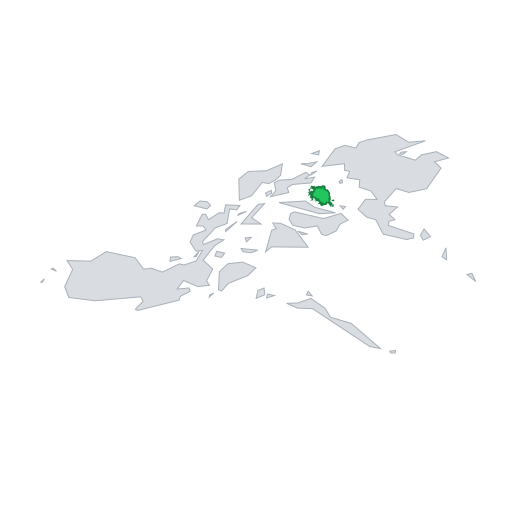 Bohol, Bohol, Philippines shown in context, rotated 265°
{"feature_id": "2640588B19040020708567", "entity_name": "Bohol", "entity_type": "district", "adm_level": 2, "iso_a3": "PHL", "parent_name": "Philippines", "parent_adm1": "Bohol", "projection": "equal_earth", "projection_center": [124.147, 9.869], "detail": "fine", "context": "in_parent", "style": "filled", "palette": "green", "viewbox_px": 512, "rotation_deg": 265, "n_neighbors": 0, "source": "geoboundaries", "source_scale": "gbopen_adm2", "svg_char_len": 8714}
<svg xmlns="http://www.w3.org/2000/svg" viewBox="0 0 512 512"><g transform="rotate(265 256 256)"><path d="M242.1,62.7L258.6,72.2L267.9,67.4L265.3,91.1L273.4,107.2L264.8,135.4L252.7,142.9L252.9,150.8L248.1,161.2L254.8,178.9L253.3,183.6L256.3,196.0L266.3,203.2L266.0,196.6L275.6,191.5L282.5,195.4L286.2,208.6L290.6,206.0L291.1,199.2L302.2,206.0L302.0,209.5L296.3,211.8L302.3,223.1L301.5,227.9L309.6,230.2L307.7,244.4L303.6,240.7L305.2,233.8L290.9,230.0L287.6,217.9L274.9,203.9L272.0,204.5L276.5,219.3L274.9,225.4L269.9,215.6L256.5,203.0L246.8,211.7L235.5,204.6L230.9,207.0L230.6,195.4L237.9,181.7L229.9,174.5L230.0,186.5L226.6,187.4L222.5,177.2L218.7,175.4L212.1,133.3L213.4,131.1L220.7,139.5L225.4,137.6L225.4,91.9L231.0,65.9L242.1,62.7ZM339.6,329.6L355.9,344.2L358.5,354.1L354.8,365.0L359.9,368.4L362.0,376.9L364.8,406.1L356.0,418.1L356.0,434.7L347.7,403.5L344.6,405.6L337.6,423.1L342.4,429.9L344.2,444.8L336.9,456.4L334.3,442.1L327.4,448.0L308.1,431.8L306.0,413.8L311.0,401.5L298.8,388.7L294.9,389.0L292.5,401.2L285.9,392.3L280.1,397.5L279.0,391.6L275.0,390.4L264.2,415.2L260.2,414.6L259.3,407.5L266.6,384.8L281.7,378.4L284.9,369.9L293.6,361.7L302.9,369.9L301.8,381.6L310.8,376.1L315.5,364.8L322.9,366.0L326.0,353.5L332.2,356.7L333.7,351.8L340.2,352.2L339.6,329.6ZM291.0,344.4L283.6,350.9L280.7,342.9L273.9,338.0L270.2,327.6L271.8,323.4L280.5,319.6L279.7,306.9L283.4,295.3L289.6,292.1L295.3,294.2L296.6,298.5L287.4,326.4L291.0,344.4ZM334.2,245.6L340.9,255.8L340.0,273.8L345.5,290.4L334.2,287.5L329.7,281.5L327.0,274.9L328.8,268.7L316.4,256.9L313.0,244.3L334.2,245.6ZM259.4,266.0L280.2,273.8L281.5,278.5L287.4,275.6L286.5,283.2L278.6,297.2L260.2,308.7L263.7,272.4L259.4,266.0ZM180.6,344.9L152.9,371.9L155.9,361.4L198.6,307.7L200.5,292.7L206.2,282.4L205.5,293.3L209.0,307.0L197.8,320.4L188.5,324.8L180.6,344.9ZM225.6,215.7L243.6,218.2L250.7,227.3L251.1,242.2L244.2,254.9L237.2,246.1L231.2,226.2L224.2,218.8L225.6,215.7ZM319.3,281.5L327.3,280.6L329.5,285.4L329.2,298.4L335.0,312.9L332.1,316.5L328.6,311.1L329.5,321.2L324.0,317.1L324.1,298.5L321.3,293.0L316.4,294.2L313.8,275.6L319.3,281.5ZM292.1,339.0L292.5,323.2L307.2,283.6L306.5,310.1L299.6,318.3L292.1,339.0ZM319.8,328.7L309.1,334.4L304.9,333.7L302.2,327.8L313.9,317.4L319.4,321.4L319.8,328.7ZM289.2,243.9L307.3,262.6L307.4,269.0L294.5,255.0L287.4,263.8L289.2,243.9ZM314.3,212.2L310.3,215.2L307.2,211.3L311.4,198.8L315.7,205.0L314.3,212.2ZM268.3,425.8L260.1,431.5L257.2,423.9L262.3,421.6L268.3,425.8ZM213.8,252.5L221.5,254.9L223.4,261.2L216.6,261.3L213.8,252.5ZM259.6,215.0L264.1,217.3L261.6,225.1L257.6,221.4L259.6,215.0ZM239.1,441.2L247.6,446.0L235.5,445.6L239.1,441.2ZM344.5,324.8L340.1,318.6L344.0,308.9L343.5,314.8L344.5,324.8ZM264.7,241.8L261.7,258.3L259.7,251.5L261.4,243.4L264.7,241.8ZM219.3,464.6L219.9,469.6L211.5,472.6L219.3,464.6ZM262.4,170.8L262.1,178.2L260.1,181.3L258.1,169.8L262.4,170.8ZM277.1,299.7L273.4,309.3L273.4,303.8L277.1,299.7ZM217.1,264.1L215.0,270.9L213.2,262.9L217.1,264.1ZM320.1,276.9L317.3,277.1L314.5,271.7L317.9,271.0L320.1,276.9ZM275.0,246.7L274.9,252.9L270.9,247.8L275.0,246.7ZM355.4,328.3L351.3,327.2L353.2,320.4L355.4,328.3ZM284.9,227.9L292.1,240.3L283.0,228.0L284.9,227.9ZM216.3,304.9L211.4,308.4L212.8,302.8L216.3,304.9ZM298.6,344.2L297.6,349.5L294.9,346.8L298.6,344.2ZM299.8,243.1L301.4,250.5L297.9,241.1L299.8,243.1ZM149.7,386.7L147.2,386.3L147.7,381.6L149.6,381.0L149.7,386.7ZM324.6,348.3L321.4,348.6L321.1,345.8L323.0,345.3L324.6,348.3ZM346.8,414.8L344.5,411.4L345.2,408.0L346.8,409.6L346.8,414.8ZM221.4,206.5L222.8,210.7L219.0,205.8L221.4,206.5ZM334.1,318.7L335.4,324.3L331.9,317.5L334.1,318.7ZM261.8,52.5L258.2,55.9L260.9,50.9L261.8,52.5ZM265.5,199.6L260.6,196.4L260.6,194.2L265.5,199.6ZM248.7,39.4L251.8,43.2L248.3,40.7L248.7,39.4Z" fill="#d9dde1" stroke="#a8b0b8" stroke-width="1"/><path d="M315.9,319.5L315.6,319.1L315.3,319.0L315.2,319.1L315.2,318.3L314.7,317.6L314.4,318.4L314.1,318.4L314.1,318.1L313.8,317.7L313.7,317.6L313.4,317.2L313.1,317.2L312.9,317.0L312.7,317.0L312.9,317.3L312.7,317.5L311.9,317.3L311.0,317.3L310.8,317.7L310.7,317.5L310.8,317.7L310.7,317.6L310.4,317.8L309.8,317.6L309.6,318.2L309.4,318.4L309.4,319.0L309.1,319.3L309.0,319.6L308.9,319.5L308.5,319.9L308.6,320.3L308.2,320.4L308.2,319.9L308.1,320.1L307.8,320.1L307.4,322.6L307.0,323.2L305.4,323.5L305.5,323.7L305.3,324.0L304.3,324.3L304.1,324.8L303.9,325.0L303.8,324.8L303.9,324.5L303.6,324.4L303.7,324.6L303.3,324.9L303.4,325.3L303.5,325.4L303.4,325.6L303.0,325.6L302.8,326.0L302.7,325.8L302.8,326.0L302.6,326.3L302.7,326.5L302.4,326.4L302.1,327.1L301.9,327.0L302.0,327.4L301.8,327.5L301.5,328.5L301.5,329.5L301.6,330.3L302.1,330.3L302.6,330.1L303.1,330.6L302.9,330.8L303.3,330.9L302.8,332.4L303.0,332.9L302.8,332.9L303.0,333.3L303.5,333.6L304.5,333.8L305.6,334.4L305.8,334.2L306.0,334.5L306.3,334.3L306.4,334.5L306.6,334.3L306.6,334.5L306.9,334.6L307.1,334.4L307.2,334.6L307.6,334.7L308.7,334.7L310.5,334.1L311.4,334.2L311.7,334.5L312.2,334.5L312.8,334.3L313.4,333.7L314.5,333.5L314.5,333.2L314.6,332.9L315.4,332.8L315.4,331.6L315.6,331.1L316.0,330.7L316.5,330.7L317.3,329.5L317.6,329.5L317.7,330.3L318.0,330.7L319.3,330.4L319.5,329.8L319.8,329.6L319.7,328.6L319.8,328.2L319.0,327.8L318.9,327.5L318.7,327.4L318.7,327.2L318.3,327.1L318.2,327.2L318.3,327.0L318.0,326.8L318.4,326.3L319.0,326.2L319.2,325.7L319.2,325.1L319.4,324.9L318.5,324.6L318.7,324.4L318.9,324.4L318.6,323.8L318.8,323.7L318.7,323.4L318.8,323.2L318.6,322.9L318.9,322.6L319.0,323.1L319.2,322.3L319.0,321.9L318.8,321.9L318.9,321.5L318.7,321.3L318.7,321.0L318.3,320.9L318.1,320.2L317.8,319.9L317.5,320.5L317.2,320.6L317.1,320.3L316.8,320.3L316.4,319.7L315.9,319.5ZM302.7,333.1L302.0,333.6L301.2,333.9L300.6,334.5L300.0,334.8L300.7,335.2L300.5,335.8L300.7,336.0L301.8,335.9L303.4,334.3L303.4,333.6L302.7,333.1ZM320.3,317.6L319.7,317.8L319.8,317.9L319.7,318.1L319.5,318.3L319.2,318.4L319.4,318.9L319.0,318.6L319.0,318.4L318.9,318.2L318.8,318.8L318.7,318.7L318.5,318.9L318.3,318.6L318.2,318.6L318.1,319.1L318.2,319.3L318.4,319.2L318.5,319.7L318.3,319.6L318.2,319.9L318.4,320.6L318.8,320.6L318.7,320.2L319.0,320.1L318.8,319.8L319.0,319.4L319.3,319.5L319.5,319.3L319.8,319.8L320.0,319.6L320.0,318.8L319.7,318.9L319.8,318.6L319.9,318.1L320.3,317.7L320.3,317.6ZM312.2,316.0L311.7,316.1L311.5,316.4L311.3,316.2L311.0,316.3L310.8,316.6L311.0,316.7L311.4,316.4L311.5,316.6L311.0,316.8L311.7,316.8L311.7,316.5L311.9,316.5L312.1,316.4L312.3,316.1L312.2,316.0ZM301.4,325.5L300.9,325.6L301.0,326.5L301.7,325.7L301.4,325.5ZM302.0,325.1L302.3,325.6L302.7,325.7L303.3,325.1L302.7,325.3L302.4,324.9L302.0,325.1ZM301.6,326.4L301.5,326.7L301.7,327.1L302.2,326.8L301.6,326.4ZM315.0,316.6L314.6,316.9L314.3,316.9L314.3,317.2L314.5,317.1L314.7,317.3L315.2,316.8L315.0,316.6ZM310.2,315.8L310.1,316.0L309.8,316.0L309.7,316.4L310.5,316.3L310.2,315.8ZM310.6,316.9L310.2,317.0L310.0,317.3L310.4,317.6L310.7,317.1L310.6,316.9ZM304.6,337.4L304.5,337.7L304.6,337.9L304.8,337.7L304.6,337.4ZM319.2,326.3L319.1,326.8L319.2,326.5L319.2,326.3ZM309.3,316.5L309.0,316.8L309.4,316.7L309.3,316.5ZM312.7,316.3L312.8,316.5L312.7,316.3ZM313.8,315.4L313.6,315.5L313.8,315.4ZM306.2,321.9L305.8,321.0L305.9,321.5L306.0,321.8L306.2,321.9ZM315.0,314.9L314.9,315.3L315.0,315.4L315.1,315.1L315.0,314.9ZM303.5,324.6L303.3,324.4L303.3,324.8L303.5,324.6ZM317.9,319.4L317.7,319.5L317.9,319.7L317.9,319.4ZM319.4,323.5L319.3,323.3L319.2,323.4L319.2,323.6L319.4,323.5ZM318.6,318.2L318.5,318.4L318.6,318.5L318.7,318.3L318.6,318.2ZM313.1,316.6L313.0,316.8L313.1,316.6ZM308.9,317.2L308.9,316.9L308.8,317.1L308.9,317.2ZM303.0,323.7L303.0,323.9L303.1,324.1L303.2,323.9L303.0,323.7ZM306.2,323.0L306.0,322.9L306.0,323.0L306.2,323.0ZM307.4,317.5L307.2,317.3L307.2,317.2L307.4,317.5ZM319.0,316.6L319.2,316.2L319.0,316.4L319.0,316.6ZM317.4,314.9L317.2,314.9L317.4,315.0L317.4,314.9ZM314.4,315.9L314.3,315.7L314.2,315.8L314.4,315.9ZM299.3,337.0L299.2,336.9L299.2,337.0L299.3,337.0ZM316.4,314.6L316.6,314.7L317.0,314.9L316.7,314.8L316.4,314.6ZM318.9,327.2L318.9,327.3L318.9,327.2ZM306.2,322.8L306.3,322.7L306.2,322.6L306.2,322.8ZM316.7,316.9L316.8,316.9L316.7,316.9ZM319.5,317.9L319.4,317.8L319.5,317.9ZM313.5,315.1L313.7,314.8L313.5,315.1ZM307.6,319.8L307.7,319.7L307.6,319.8ZM312.9,314.6L313.0,314.8L313.1,314.7L312.9,314.6ZM312.8,315.3L312.7,315.3L312.8,315.3ZM313.1,314.8L312.9,315.0L313.1,314.8ZM315.8,316.1L315.7,316.0L315.8,316.1ZM306.1,318.8L305.9,318.9L306.1,318.8ZM306.5,322.5L306.4,322.5L306.5,322.5L306.5,322.5ZM308.4,316.7L308.2,316.8L308.4,316.7ZM319.1,327.5L319.0,327.4L319.1,327.5ZM306.8,320.9L306.7,320.9L306.8,321.0L306.8,320.9ZM315.5,314.8L315.4,314.8L315.5,314.8L315.5,314.8ZM309.4,316.7L309.4,316.8L309.5,316.8L309.4,316.7ZM304.7,320.1L304.8,320.1L304.7,320.1Z" fill="#22c55e" stroke="#15803d" stroke-width="1.5"/></g></svg>